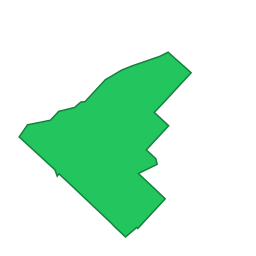 outline of Walker, Georgia, United States of America, rotated 43°
{"feature_id": "52423323B41524528635108", "entity_name": "Walker", "entity_type": "district", "adm_level": 2, "iso_a3": "USA", "parent_name": "United States of America", "parent_adm1": "Georgia", "projection": "equal_earth", "projection_center": [-85.284, 34.784], "detail": "fine", "context": "isolated", "style": "filled", "palette": "green", "viewbox_px": 256, "rotation_deg": 43, "n_neighbors": 0, "source": "geoboundaries", "source_scale": "gbopen_adm2", "svg_char_len": 636}
<svg xmlns="http://www.w3.org/2000/svg" viewBox="0 0 256 256"><g transform="rotate(43 128 128)"><path d="M174.1,134.6L169.4,131.5L156.3,131.5L156.2,98.6L136.6,98.7L136.7,79.3L136.6,68.4L136.5,44.5L133.1,44.6L132.6,44.6L127.3,44.7L125.1,44.8L123.9,44.8L123.0,44.8L117.0,45.0L105.6,45.2L102.3,54.1L88.6,79.8L83.8,90.1L78.5,108.1L78.6,138.1L75.8,141.2L74.9,149.5L66.0,163.0L65.9,175.3L52.3,194.2L54.5,208.8L103.1,208.4L109.1,211.5L108.8,208.6L118.5,208.6L180.4,209.0L185.7,209.3L197.8,209.4L200.5,209.4L202.2,194.8L203.7,194.8L203.5,154.4L191.2,154.3L166.6,154.2L174.1,134.6Z" fill="#22c55e" stroke="#15803d" stroke-width="1.5"/></g></svg>